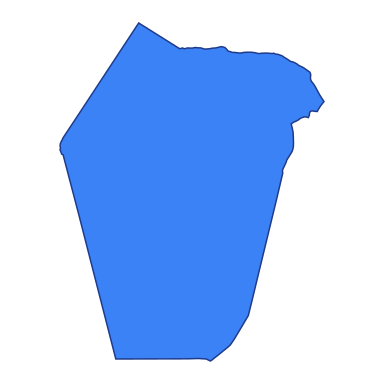 the district of Budalangi, Western, Kenya
{"feature_id": "3690345B63864240127702", "entity_name": "Budalangi", "entity_type": "district", "adm_level": 2, "iso_a3": "KEN", "parent_name": "Kenya", "parent_adm1": "Western", "projection": "robinson", "projection_center": [34.038, 0.077], "detail": "fine", "context": "isolated", "style": "filled", "palette": "blue", "viewbox_px": 384, "rotation_deg": 0, "n_neighbors": 0, "source": "geoboundaries", "source_scale": "gbopen_adm2", "svg_char_len": 1736}
<svg xmlns="http://www.w3.org/2000/svg" viewBox="0 0 384 384"><path d="M324.0,101.6L319.5,94.6L315.7,87.5L314.2,84.9L311.4,81.3L310.7,79.7L310.4,78.0L310.6,76.3L310.7,74.6L310.3,73.2L309.8,72.1L308.3,71.1L303.4,67.6L298.6,65.3L297.2,64.1L293.7,62.2L290.5,61.4L288.0,59.6L285.9,58.3L283.9,57.1L282.7,56.2L281.4,55.5L279.7,55.0L277.9,54.3L276.6,54.2L275.1,53.9L273.7,53.2L272.6,53.5L270.3,53.4L267.2,53.1L264.9,53.1L262.0,53.2L258.8,53.6L254.5,52.6L250.6,52.2L248.1,52.2L243.9,52.4L240.2,53.1L237.0,52.7L234.2,52.4L232.3,52.4L229.9,51.5L228.2,51.2L226.7,49.3L224.9,47.5L222.7,46.9L221.2,46.6L216.0,47.9L212.1,48.2L209.2,48.8L204.7,49.1L200.8,47.9L198.1,47.8L195.1,47.5L192.3,48.1L189.6,48.1L187.8,47.9L186.2,48.3L184.1,48.8L182.5,47.9L181.0,48.5L179.5,48.6L138.7,23.0L123.1,46.7L76.6,117.4L64.0,136.4L62.7,138.5L62.2,139.9L61.5,141.0L60.2,144.0L60.1,146.2L60.5,148.5L60.0,149.7L61.7,154.1L63.1,154.8L78.8,214.7L87.2,247.5L106.7,323.5L115.8,359.0L187.6,358.8L198.5,358.5L206.2,359.0L208.1,359.9L210.3,361.0L211.7,360.2L213.2,359.0L214.6,357.8L216.1,356.7L218.0,355.2L226.8,348.0L228.1,347.0L229.0,346.1L230.3,345.0L234.3,339.1L239.7,330.1L248.3,315.6L251.4,303.2L259.2,270.8L276.8,198.4L282.8,172.9L282.4,171.7L282.7,169.7L283.6,167.6L285.4,163.9L286.2,162.0L286.8,160.0L291.1,153.2L292.1,151.4L292.7,149.8L293.2,147.5L293.4,146.0L293.5,142.2L293.4,140.1L293.4,138.1L293.2,134.5L293.1,132.3L292.7,130.2L292.2,127.8L291.6,125.6L291.2,123.9L294.3,121.8L295.5,121.5L296.9,120.7L298.3,120.0L299.8,118.8L301.5,117.8L304.4,116.9L306.5,117.0L308.3,117.6L309.3,115.5L309.4,113.9L309.9,112.0L311.0,111.1L312.4,110.9L314.6,111.3L317.3,111.5L318.0,110.0L320.3,106.3L321.4,104.8L324.0,101.6Z" fill="#3b82f6" stroke="#1e3a8a" stroke-width="1.5"/></svg>